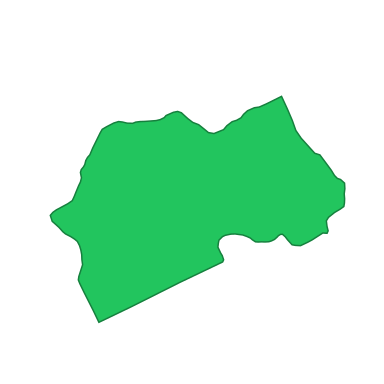 the district of Noya, Estuaire, Gabon, rotated 154°
{"feature_id": "22940354B97736756734811", "entity_name": "Noya", "entity_type": "district", "adm_level": 2, "iso_a3": "GAB", "parent_name": "Gabon", "parent_adm1": "Estuaire", "projection": "mercator", "projection_center": [9.982, 0.76], "detail": "fine", "context": "isolated", "style": "filled", "palette": "green", "viewbox_px": 384, "rotation_deg": 154, "n_neighbors": 0, "source": "geoboundaries", "source_scale": "gbopen_adm2", "svg_char_len": 1825}
<svg xmlns="http://www.w3.org/2000/svg" viewBox="0 0 384 384"><g transform="rotate(154 192 192)"><path d="M332.8,115.7L297.2,115.5L242.9,116.1L195.1,115.7L193.3,117.2L192.7,121.6L193.0,124.6L192.9,131.1L190.8,134.4L188.9,136.9L184.2,138.5L181.1,138.5L175.5,137.1L171.5,135.3L168.4,133.2L165.3,131.2L162.1,127.9L159.7,125.0L158.7,122.6L156.8,119.4L154.4,118.0L151.5,116.8L148.3,115.1L144.7,113.6L142.0,113.2L138.6,113.2L135.4,114.1L133.4,114.9L130.9,115.1L129.2,114.3L127.8,110.9L127.1,107.3L125.2,100.7L122.5,98.7L118.0,96.2L109.9,96.1L105.0,96.3L99.2,97.0L92.4,97.8L88.7,95.7L86.7,97.4L85.7,102.0L83.9,107.2L80.4,109.4L72.8,111.1L66.5,111.6L61.9,112.4L59.8,115.3L57.8,119.0L56.0,123.6L53.2,127.9L51.0,133.1L53.0,138.1L55.4,140.5L56.7,144.4L57.3,150.6L59.1,160.3L60.8,169.3L64.7,173.0L70.3,192.4L71.7,201.8L70.5,212.2L69.9,224.8L69.6,238.7L86.9,238.6L94.4,238.9L99.0,240.4L106.5,240.7L111.6,239.2L115.4,237.2L120.5,236.9L125.1,237.6L131.6,236.3L136.3,234.2L146.6,234.9L151.2,238.2L153.4,243.1L156.5,249.6L160.8,254.2L163.5,259.6L165.2,263.8L166.8,267.9L169.6,270.7L173.8,271.8L181.5,272.1L181.8,272.1L184.4,271.0L188.9,271.0L192.9,271.9L199.7,274.6L203.4,276.1L207.9,278.1L212.0,279.5L215.1,279.7L220.1,282.3L223.7,285.3L227.1,287.5L232.1,288.3L240.3,288.1L245.2,287.7L248.6,285.4L262.0,275.0L267.5,270.2L270.7,268.9L273.7,266.8L276.3,263.7L278.6,262.1L281.7,260.7L283.7,258.5L284.5,255.6L285.1,253.2L287.9,249.9L291.2,247.3L296.4,242.7L299.8,239.6L303.4,236.7L308.8,235.9L321.8,235.4L325.9,234.7L329.6,233.1L330.5,226.9L329.4,224.3L327.1,218.6L325.5,212.9L324.1,209.8L320.5,205.0L318.1,201.0L316.7,197.8L316.6,193.2L317.3,188.7L318.6,184.0L320.7,179.2L322.2,174.6L324.1,172.6L326.7,169.9L330.8,165.6L332.7,162.8L333.0,158.9L333.0,148.6L332.7,128.3L332.8,115.7Z" fill="#22c55e" stroke="#15803d" stroke-width="1.5"/></g></svg>